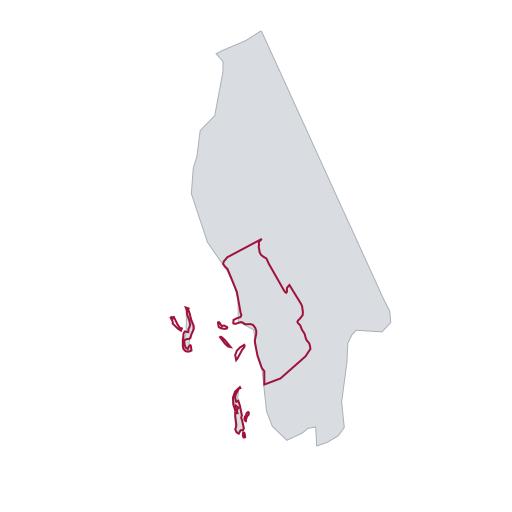 location of Belize within Belize, rotated 153°
{"feature_id": "BLZ-1323", "entity_name": "Belize", "entity_type": "District", "adm_level": 1, "iso_a3": "BLZ", "parent_name": "Belize", "parent_adm1": "", "projection": "albers", "projection_center": [-88.107, 17.657], "detail": "fine", "context": "in_parent", "style": "outline", "palette": "rose", "viewbox_px": 512, "rotation_deg": 153, "n_neighbors": 0, "source": "natural_earth", "source_scale": "10m", "svg_char_len": 4207}
<svg xmlns="http://www.w3.org/2000/svg" viewBox="0 0 512 512"><g transform="rotate(153 256 256)"><path d="M161.9,159.5L161.9,146.1L166.1,135.6L178.2,131.2L193.9,140.5L200.4,144.4L206.3,142.2L213.8,136.6L223.0,120.4L246.0,87.0L255.2,63.2L264.2,58.5L277.1,57.6L288.2,59.2L280.4,76.6L288.2,78.8L295.2,77.2L312.2,77.8L318.8,96.9L317.1,112.9L301.0,155.1L298.9,169.6L291.6,191.3L301.5,205.6L292.2,224.5L289.1,236.8L288.3,255.2L293.0,290.3L285.3,340.9L271.9,362.9L263.6,371.3L248.7,393.2L229.1,399.7L201.9,435.0L197.1,444.2L199.7,454.3L193.3,454.4L167.3,452.6L149.8,454.3L149.1,453.4L150.7,415.4L153.3,356.6L155.2,313.4L157.1,271.2L158.4,239.6L160.3,196.6L161.9,159.5ZM338.4,143.0L331.5,145.9L337.2,137.0L338.0,131.4L346.0,107.8L351.7,107.9L353.2,110.0L338.4,143.0ZM352.8,219.9L341.5,241.3L340.8,235.2L345.5,219.3L351.8,213.8L355.7,207.9L356.6,201.0L362.1,204.3L360.7,211.2L352.8,219.9Z" fill="#d9dde1" stroke="#a8b0b8" stroke-width="1"/><path d="M306.9,137.7L300.9,149.6L301.7,153.6L300.0,166.3L296.4,178.9L295.3,181.5L291.5,186.0L289.9,188.8L289.3,192.1L289.9,195.8L291.7,197.7L296.9,200.3L297.9,202.6L299.3,203.9L305.5,205.0L306.8,206.3L305.1,209.2L301.3,209.2L297.6,208.6L295.9,210.0L295.5,212.4L289.4,232.6L288.0,248.2L287.8,251.4L287.3,257.4L288.4,260.6L288.9,263.6L288.9,263.9L287.0,265.9L284.0,267.0L283.3,267.5L281.9,267.9L243.1,268.6L246.4,267.4L246.9,267.1L247.2,266.8L247.5,266.5L248.0,265.5L248.1,264.8L248.4,264.2L248.7,263.8L249.0,263.6L249.3,263.3L249.6,262.5L250.1,260.8L250.3,259.8L251.0,257.9L251.1,256.5L251.0,254.8L249.7,251.9L248.1,249.5L247.9,248.7L248.1,243.2L246.7,212.6L246.4,210.5L245.8,209.5L244.6,210.2L243.7,212.1L242.8,213.6L239.4,215.0L237.6,192.8L237.8,190.1L239.7,184.7L241.3,182.1L245.6,180.1L247.1,179.7L248.3,179.2L249.0,178.5L249.1,177.5L248.9,176.7L248.2,174.7L248.1,173.6L248.5,170.0L248.5,169.1L248.1,165.7L248.1,164.8L248.1,164.1L249.0,160.1L249.1,158.1L249.0,157.2L248.4,155.1L248.3,154.0L248.5,152.5L248.8,151.1L249.7,148.5L257.5,144.1L289.8,135.8L306.9,137.7ZM343.8,127.5L344.7,127.5L343.6,134.2L340.8,140.3L336.2,144.7L329.9,146.5L329.9,145.4L331.4,145.5L331.9,145.4L337.2,141.6L339.1,138.9L339.8,135.0L337.5,135.1L338.2,130.3L340.8,120.8L341.1,120.1L341.8,119.5L342.5,118.8L342.8,117.6L342.9,116.1L345.0,108.1L346.5,106.7L348.8,107.7L352.0,105.5L353.4,107.6L353.2,111.0L351.3,112.8L350.2,114.5L347.2,122.8L345.8,125.5L344.8,124.9L343.8,124.4L343.5,126.0L342.9,127.2L342.1,128.0L340.8,128.6L340.8,129.6L341.9,131.8L343.3,129.8L343.6,128.9L343.8,127.5ZM356.4,201.1L358.2,201.1L360.2,201.7L362.0,203.2L362.9,206.2L362.3,208.5L359.3,214.5L357.4,217.1L355.9,219.7L353.8,221.1L350.9,218.9L349.4,221.4L347.6,222.8L345.9,224.6L344.8,228.4L343.9,235.2L343.6,236.3L342.8,237.9L342.2,239.8L342.0,242.0L339.9,239.9L340.5,239.4L340.7,238.9L340.7,238.3L340.9,237.8L341.3,234.5L342.6,229.1L343.3,221.8L344.5,219.4L346.4,217.6L348.9,215.7L351.9,212.6L353.4,212.5L355.5,213.4L357.4,213.6L358.8,212.3L359.9,209.3L360.2,206.1L358.9,204.1L357.3,205.6L356.0,206.4L354.9,206.2L354.9,205.3L356.4,201.1ZM307.8,180.1L310.9,178.7L319.2,173.0L320.9,172.2L319.5,177.2L316.1,180.3L311.6,181.8L306.8,182.2L306.8,181.5L307.0,181.0L307.8,180.1ZM354.9,225.1L356.7,223.5L358.4,226.2L360.9,233.6L360.2,234.7L360.0,236.2L360.0,239.9L359.0,239.9L359.0,238.3L359.0,237.8L358.2,238.0L357.6,238.5L357.2,239.1L356.9,239.9L357.0,230.6L356.5,226.7L354.9,225.1ZM317.3,205.4L320.0,207.5L321.4,209.5L321.1,211.1L320.7,211.7L320.6,212.7L320.0,214.1L319.0,213.9L318.7,212.7L318.5,209.5L318.3,208.8L317.2,209.0L315.9,208.4L315.1,207.3L314.6,206.6L314.1,206.1L314.1,205.2L315.1,204.6L317.3,205.4ZM320.0,186.4L322.0,188.1L323.4,191.8L324.9,200.0L323.9,200.0L323.1,198.5L321.8,194.9L320.0,186.4ZM348.9,99.6L349.4,99.9L349.5,100.5L349.4,101.3L348.9,102.8L347.5,104.6L346.7,103.9L347.1,101.3L347.7,100.4L348.1,100.7L348.2,100.4L347.9,99.7L348.0,99.5L348.5,99.6L348.9,99.6ZM335.7,117.6L336.6,117.2L337.0,117.7L336.7,119.3L335.5,120.3L333.9,120.6L333.5,119.6L334.5,118.1L335.3,117.6L335.7,117.6ZM340.0,113.4L340.4,114.0L340.5,115.6L339.6,117.2L338.4,118.1L337.9,118.0L337.7,117.2L337.5,116.6L337.7,116.1L338.5,115.7L339.2,115.0L339.5,114.1L339.8,113.6L340.0,113.4Z" fill="none" stroke="#9f1239" stroke-width="2"/></g></svg>